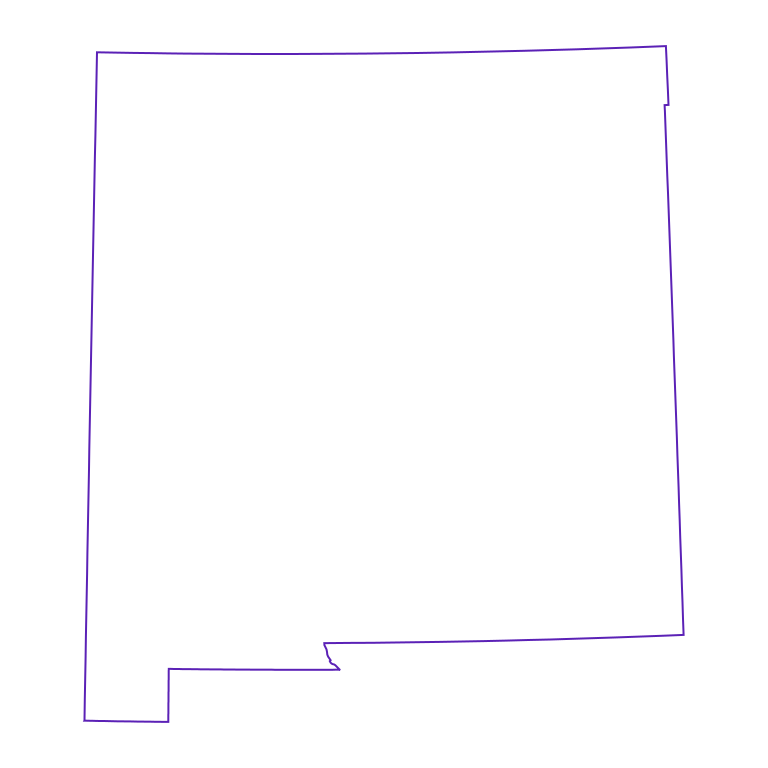 SVG path tracing the border of New Mexico
{"feature_id": "USA-3524", "entity_name": "New Mexico", "entity_type": "State", "adm_level": 1, "iso_a3": "USA", "parent_name": "United States of America", "parent_adm1": "", "projection": "orthographic", "projection_center": [-107.139, 34.164], "detail": "fine", "context": "isolated", "style": "outline", "palette": "violet", "viewbox_px": 768, "rotation_deg": 0, "n_neighbors": 0, "source": "natural_earth", "source_scale": "10m", "svg_char_len": 3516}
<svg xmlns="http://www.w3.org/2000/svg" viewBox="0 0 768 768"><path d="M176.5,669.0L174.0,669.0L171.4,668.9L168.8,668.9L168.8,669.7L168.7,670.5L168.7,671.4L168.7,672.2L168.7,673.0L168.7,673.9L168.7,674.7L168.7,675.5L168.7,676.3L168.7,677.2L168.7,678.0L168.7,678.8L168.7,679.7L168.6,680.5L168.6,681.3L168.6,682.1L168.6,683.0L168.6,683.8L168.6,684.6L168.6,685.5L168.6,686.3L168.6,687.1L168.6,687.9L168.6,688.8L168.6,689.6L168.6,690.4L168.6,691.3L168.5,692.1L168.5,692.9L168.5,693.7L168.5,694.6L168.5,695.4L168.5,696.2L168.5,697.1L168.5,697.9L168.5,698.7L168.5,699.5L168.5,700.4L168.5,701.2L168.5,702.0L168.4,702.9L168.4,703.7L168.4,704.5L168.4,705.3L168.4,706.2L168.4,707.0L168.4,707.8L168.4,708.7L168.4,709.5L168.4,710.3L168.4,711.1L168.4,712.0L168.4,712.8L168.4,713.6L168.3,714.5L168.3,715.3L168.3,716.1L168.3,716.9L168.3,717.8L168.3,718.6L168.3,719.4L168.3,720.3L168.3,721.1L168.3,721.9L164.0,721.9L159.7,721.8L155.4,721.8L151.1,721.7L146.8,721.7L142.5,721.6L138.2,721.6L133.9,721.5L129.6,721.4L125.3,721.4L121.0,721.3L116.7,721.3L112.4,721.2L108.1,721.1L103.8,721.0L99.5,721.0L95.2,720.9L92.4,720.8L90.9,720.8L86.6,720.7L84.4,720.7L84.5,720.5L84.5,720.4L84.5,720.2L84.8,699.2L85.2,678.4L85.6,657.5L85.9,636.7L86.3,615.8L86.7,594.9L87.1,574.1L87.4,553.2L87.8,532.3L88.2,511.4L88.6,490.6L89.0,469.7L89.3,448.8L89.7,427.9L90.1,407.1L90.5,386.2L90.9,365.3L91.3,344.4L91.7,323.6L92.1,302.7L92.5,281.8L92.9,260.9L93.3,240.1L93.7,219.2L94.1,198.3L94.5,177.5L94.9,156.6L95.4,135.7L95.8,114.9L96.2,94.0L96.6,73.2L97.0,52.3L114.8,52.6L132.6,52.9L150.4,53.1L168.2,53.4L185.9,53.6L203.7,53.7L221.5,53.8L239.3,53.9L257.1,54.0L274.9,54.0L292.7,54.0L310.5,53.9L328.3,53.8L346.0,53.7L363.8,53.6L381.6,53.4L399.4,53.2L417.2,53.0L435.0,52.7L452.8,52.4L470.5,52.0L488.3,51.6L506.1,51.2L523.9,50.8L541.6,50.3L559.4,49.8L577.2,49.3L594.9,48.7L612.7,48.1L630.4,47.5L648.2,46.8L665.9,46.1L666.6,60.8L667.2,75.5L667.9,90.2L668.5,104.9L664.6,105.1L664.7,107.2L664.9,110.9L665.5,127.3L666.1,143.6L666.7,160.0L667.3,176.4L668.0,192.8L668.6,209.1L669.2,225.5L669.8,241.9L670.4,258.3L671.0,274.6L671.6,291.0L672.2,307.4L672.8,323.8L673.4,340.2L673.9,356.5L674.5,372.9L675.1,389.3L675.7,405.7L676.3,422.1L676.9,438.4L677.4,454.8L678.0,471.2L678.6,487.6L679.1,504.0L679.7,520.3L680.2,536.7L680.8,553.1L681.4,569.5L681.9,585.8L682.5,602.2L683.0,618.6L683.6,634.9L661.4,635.8L639.2,636.6L617.1,637.4L594.9,638.1L572.7,638.8L550.5,639.5L528.3,640.0L506.2,640.6L484.0,641.1L461.8,641.5L439.6,641.9L417.4,642.2L395.2,642.5L372.9,642.8L350.7,642.9L328.5,643.1L325.9,643.1L324.3,643.1L324.4,645.1L326.5,649.4L327.0,651.9L327.3,654.6L328.1,656.6L330.6,660.2L329.8,661.1L330.5,662.5L331.5,663.5L332.6,664.1L334.0,664.4L335.3,665.2L340.1,670.1L338.9,669.7L334.8,669.7L332.2,669.8L329.6,669.8L327.0,669.8L324.4,669.8L321.8,669.8L319.2,669.8L316.6,669.8L314.0,669.8L311.4,669.8L308.8,669.8L306.2,669.8L303.6,669.8L301.0,669.8L298.4,669.8L295.8,669.8L293.3,669.8L290.7,669.8L288.1,669.8L285.5,669.8L282.9,669.8L280.3,669.8L277.7,669.8L275.1,669.8L272.5,669.7L269.9,669.7L267.3,669.7L264.7,669.7L262.1,669.7L259.5,669.7L256.9,669.7L254.4,669.7L251.8,669.7L249.2,669.6L246.6,669.6L244.0,669.6L241.4,669.6L238.8,669.6L236.2,669.6L233.6,669.5L231.0,669.5L228.4,669.5L225.8,669.5L223.2,669.5L220.6,669.4L218.0,669.4L215.4,669.4L212.8,669.4L210.3,669.4L207.7,669.3L205.1,669.3L202.5,669.3L199.9,669.3L197.3,669.2L194.7,669.2L192.1,669.2L189.5,669.1L186.9,669.1L184.3,669.1L181.7,669.1L179.1,669.0L176.5,669.0Z" fill="none" stroke="#5b21b6" stroke-width="2"/></svg>